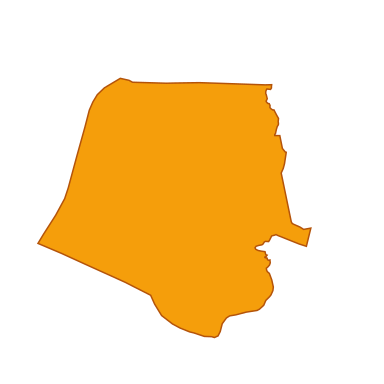 Ashaiman Municipal, Greater Accra, Ghana, rotated 203°
{"feature_id": "2480657B85535261310615", "entity_name": "Ashaiman Municipal", "entity_type": "district", "adm_level": 2, "iso_a3": "GHA", "parent_name": "Ghana", "parent_adm1": "Greater Accra", "projection": "mercator", "projection_center": [-0.044, 5.699], "detail": "fine", "context": "isolated", "style": "filled", "palette": "amber", "viewbox_px": 384, "rotation_deg": 203, "n_neighbors": 0, "source": "geoboundaries", "source_scale": "gbopen_adm2", "svg_char_len": 1716}
<svg xmlns="http://www.w3.org/2000/svg" viewBox="0 0 384 384"><g transform="rotate(203 192 192)"><path d="M212.5,301.5L228.0,295.5L250.8,285.4L258.1,282.1L289.6,269.8L293.6,270.2L302.4,268.6L313.3,253.7L315.7,248.1L317.2,244.6L318.4,236.2L318.5,227.2L315.9,209.8L312.0,179.9L307.5,147.3L306.6,136.1L308.4,117.4L312.2,95.0L313.7,84.5L287.9,84.5L262.0,83.8L218.8,82.8L189.7,80.8L182.6,74.2L171.7,66.4L158.4,62.9L149.6,62.1L139.5,62.3L135.4,63.0L124.2,63.9L117.4,66.5L114.5,66.8L111.8,69.7L111.5,74.6L112.7,82.6L111.1,89.5L109.8,91.4L108.9,92.7L103.7,96.0L95.3,102.5L85.8,108.4L84.1,110.5L81.7,115.8L81.7,121.0L79.7,125.9L79.1,128.0L79.0,132.8L80.0,136.3L84.2,142.2L89.0,147.3L91.5,148.1L92.7,149.1L93.8,150.9L92.9,152.6L92.1,155.1L92.3,157.4L93.1,158.8L93.7,159.9L94.6,159.1L96.0,159.2L97.1,160.5L98.7,160.2L99.3,160.2L99.4,160.9L98.7,161.2L98.4,162.2L98.2,163.2L99.6,163.1L101.5,165.6L105.2,164.6L108.4,164.0L111.0,164.2L112.2,165.3L111.8,167.1L109.7,168.9L107.0,170.7L106.3,171.8L105.9,174.2L105.2,175.2L102.1,176.3L101.8,178.0L101.5,182.7L98.8,184.8L98.1,185.6L96.0,185.5L73.1,186.0L65.5,186.7L68.5,205.2L74.6,201.2L78.8,201.9L85.7,202.0L87.5,202.2L89.0,203.4L93.1,209.3L117.3,244.3L117.2,249.3L117.9,254.2L120.4,264.0L120.8,265.4L121.9,265.3L125.8,267.4L133.2,278.2L137.9,276.3L138.3,277.3L138.0,278.4L138.8,282.7L139.1,285.5L138.8,287.7L139.3,289.1L140.1,290.3L141.1,293.5L144.2,295.9L148.7,299.6L149.5,299.1L151.3,299.3L153.2,300.1L154.0,302.2L155.5,303.5L156.9,303.2L158.5,303.9L159.3,304.6L159.2,306.2L159.2,307.3L161.7,310.6L162.6,311.4L163.3,313.2L163.5,314.4L163.3,316.1L159.8,317.1L159.5,318.9L159.9,319.6L160.6,321.9L166.5,319.2L212.5,301.5Z" fill="#f59e0b" stroke="#b45309" stroke-width="1.5"/></g></svg>